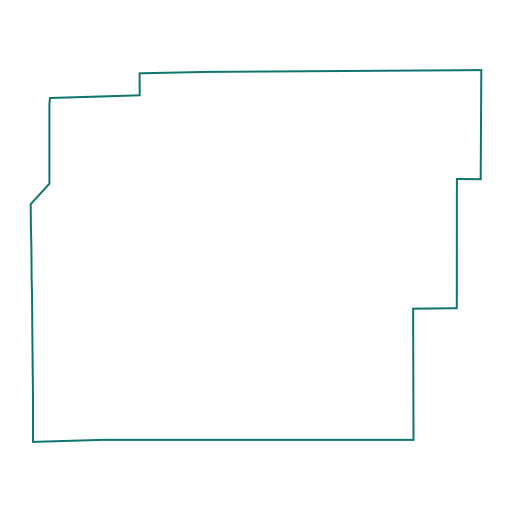 outline of Hancock, Indiana, United States of America
{"feature_id": "52423323B28427139974873", "entity_name": "Hancock", "entity_type": "district", "adm_level": 2, "iso_a3": "USA", "parent_name": "United States of America", "parent_adm1": "Indiana", "projection": "natural_earth1", "projection_center": [-85.846, 39.821], "detail": "fine", "context": "isolated", "style": "outline", "palette": "teal", "viewbox_px": 512, "rotation_deg": 0, "n_neighbors": 0, "source": "geoboundaries", "source_scale": "gbopen_adm2", "svg_char_len": 395}
<svg xmlns="http://www.w3.org/2000/svg" viewBox="0 0 512 512"><path d="M50.0,98.0L49.4,103.9L49.4,157.7L49.4,183.7L30.7,204.1L30.9,226.1L31.4,248.0L31.6,278.0L32.0,292.0L32.2,313.9L32.3,330.0L33.0,398.1L33.0,441.9L100.9,439.9L413.5,439.9L413.1,308.7L456.8,308.2L456.9,179.0L480.7,179.2L481.3,70.1L207.4,71.9L139.6,73.3L139.7,95.3L50.0,98.0Z" fill="none" stroke="#0f766e" stroke-width="2"/></svg>